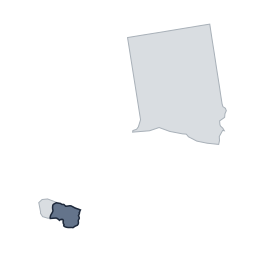 Equatorial Guinea, with Bioko Sur highlighted, rotated 261°
{"feature_id": "GNQ-1479", "entity_name": "Bioko Sur", "entity_type": "Province", "adm_level": 1, "iso_a3": "GNQ", "parent_name": "Equatorial Guinea", "parent_adm1": "", "projection": "natural_earth1", "projection_center": [8.643, 3.416], "detail": "fine", "context": "in_parent", "style": "filled", "palette": "slate", "viewbox_px": 256, "rotation_deg": 261, "n_neighbors": 0, "source": "natural_earth", "source_scale": "10m", "svg_char_len": 1667}
<svg xmlns="http://www.w3.org/2000/svg" viewBox="0 0 256 256"><g transform="rotate(261 128 128)"><path d="M217.4,141.7L217.5,158.2L217.5,172.2L217.6,187.3L217.7,203.0L217.8,216.4L217.8,225.0L205.2,224.9L188.4,224.9L171.7,224.8L154.9,224.8L146.5,224.7L137.2,224.7L134.2,225.1L132.2,227.3L129.7,227.8L126.9,226.0L123.4,225.1L122.4,223.1L120.7,219.6L117.3,219.3L115.5,219.6L113.0,221.6L110.2,222.7L110.8,221.1L105.3,216.8L101.3,216.4L97.6,215.0L100.6,203.8L104.3,193.9L109.8,186.4L112.8,184.6L113.7,180.9L118.1,168.7L123.6,158.8L121.9,148.8L123.2,131.9L124.7,132.4L125.0,134.0L125.4,136.3L127.5,138.4L134.2,141.7L154.4,141.7L166.4,141.7L184.2,141.7L203.1,141.7L217.4,141.7ZM57.5,28.2L59.0,28.5L68.3,28.2L70.8,32.0L70.5,37.5L61.0,53.7L59.2,60.6L55.6,66.3L52.4,66.8L41.4,63.4L39.6,61.3L38.9,58.6L40.0,52.1L40.8,50.1L46.1,48.9L47.7,47.9L50.5,40.9L51.5,34.6L53.8,29.8L57.5,28.2Z" fill="#d9dde1" stroke="#a8b0b8" stroke-width="1"/><path d="M65.4,45.5L65.2,45.8L64.0,49.6L62.9,50.6L62.6,52.3L62.5,52.6L62.3,52.9L60.5,54.1L60.3,55.2L60.3,58.5L59.9,59.7L57.1,63.4L55.0,67.4L54.5,68.2L53.9,67.7L52.5,67.0L52.1,66.6L51.7,66.8L50.8,66.4L49.1,65.3L48.7,65.5L47.3,65.8L46.7,65.8L46.0,65.5L44.7,64.5L43.9,64.3L42.6,64.3L41.1,63.9L39.9,62.8L39.4,60.7L39.1,59.9L38.6,59.0L38.2,58.1L38.4,57.3L38.6,56.6L39.0,53.6L39.4,52.2L40.2,50.4L41.4,49.2L42.8,49.7L43.6,49.2L44.7,49.2L46.9,49.7L47.9,49.2L48.2,48.1L48.1,46.8L47.5,45.8L48.3,45.3L49.2,44.5L50.1,43.5L50.4,42.6L50.8,37.1L51.7,37.1L53.4,37.7L54.2,38.2L56.9,40.4L57.7,40.8L58.5,41.0L59.0,41.0L59.5,40.9L61.0,41.0L62.7,41.4L63.5,41.7L64.1,42.2L64.2,42.4L64.4,42.7L65.4,45.5Z" fill="#64748b" stroke="#1e293b" stroke-width="1.5"/></g></svg>